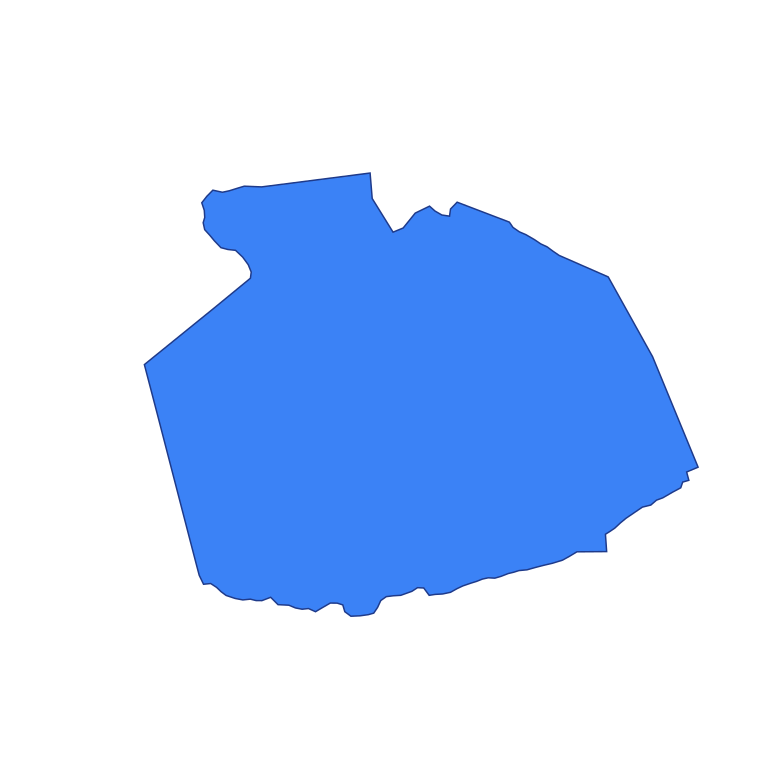 Forquilha, Ceará, Brazil, rotated 63°
{"feature_id": "56859067B46311901336077", "entity_name": "Forquilha", "entity_type": "district", "adm_level": 2, "iso_a3": "BRA", "parent_name": "Brazil", "parent_adm1": "Ceará", "projection": "orthographic", "projection_center": [-40.207, -3.827], "detail": "fine", "context": "isolated", "style": "filled", "palette": "blue", "viewbox_px": 768, "rotation_deg": 63, "n_neighbors": 0, "source": "geoboundaries", "source_scale": "gbopen_adm2", "svg_char_len": 1646}
<svg xmlns="http://www.w3.org/2000/svg" viewBox="0 0 768 768"><g transform="rotate(63 384 384)"><path d="M480.5,635.7L483.1,629.0L489.2,625.5L495.2,623.4L500.7,620.7L507.5,614.0L512.3,607.8L515.0,600.8L518.9,596.3L521.6,591.1L522.6,581.8L532.5,578.6L537.9,569.2L543.3,564.6L547.5,559.2L549.8,553.2L555.8,548.4L555.3,540.6L554.8,531.3L558.0,525.2L562.1,521.0L569.1,522.3L575.9,518.9L579.7,510.5L582.4,502.7L583.5,497.2L580.2,491.2L575.5,485.2L574.5,478.5L576.9,471.9L579.9,465.0L581.4,453.3L580.7,446.6L583.8,441.2L592.8,439.7L594.7,433.9L597.7,427.1L599.8,419.3L599.5,411.8L599.7,405.4L600.9,397.0L601.9,391.2L602.5,384.9L604.0,379.1L607.3,373.4L608.5,367.2L609.3,359.3L610.6,353.9L611.5,348.5L614.5,340.9L616.3,331.9L618.1,323.8L620.2,315.3L622.0,304.9L621.7,296.7L621.1,288.3L634.4,261.7L618.4,254.9L617.9,249.4L617.2,243.8L615.1,236.5L613.5,229.3L611.0,209.7L613.0,201.2L611.2,194.0L612.0,187.3L611.4,176.0L611.2,166.7L607.0,162.4L608.2,156.1L599.8,154.3L600.7,141.9L481.7,132.3L390.4,135.6L348.9,169.6L342.1,173.3L336.0,176.3L330.2,180.8L324.0,184.2L315.3,189.8L309.9,194.3L303.0,198.0L296.7,198.8L255.2,236.3L258.3,245.3L264.2,249.4L259.7,255.7L253.1,260.0L246.2,262.7L245.9,278.6L253.7,296.1L252.8,307.0L213.4,310.3L189.7,300.6L152.8,403.6L144.3,418.7L143.2,424.7L141.6,434.1L139.8,440.9L133.6,448.5L136.3,456.6L139.8,464.1L147.7,465.3L154.2,468.1L158.2,471.9L165.1,473.7L172.4,471.7L179.5,470.1L188.5,467.4L193.3,462.0L197.5,455.6L206.8,452.3L216.1,450.8L224.0,451.5L229.1,455.0L239.3,501.4L257.9,588.7L308.6,599.8L407.3,621.6L428.6,626.3L460.4,633.3L470.6,635.5L480.5,635.7Z" fill="#3b82f6" stroke="#1e3a8a" stroke-width="1.5"/></g></svg>